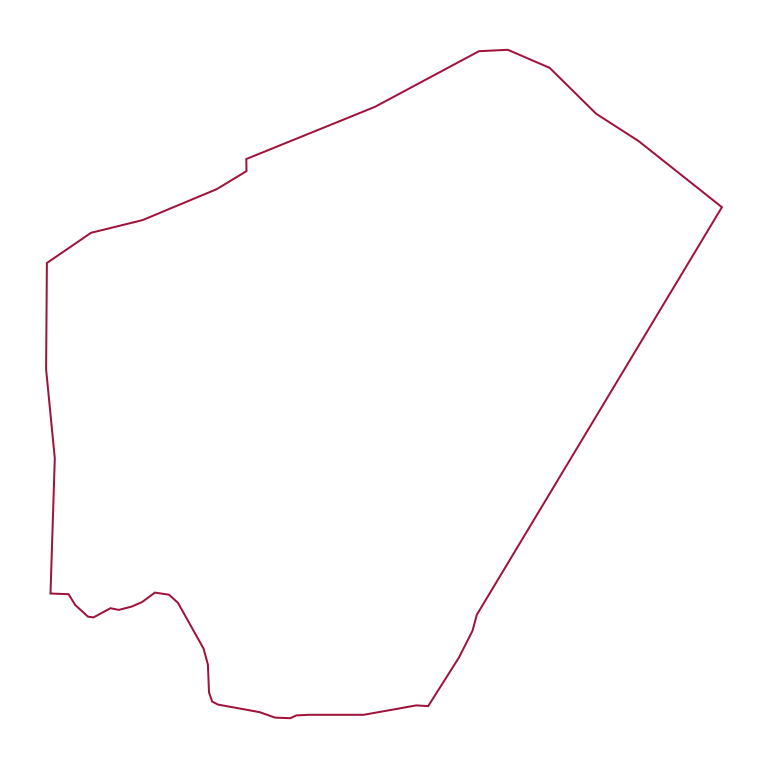 Ali Sabeh, Ali Sabieh, Djibouti
{"feature_id": "41766387B65421474667097", "entity_name": "Ali Sabeh", "entity_type": "district", "adm_level": 2, "iso_a3": "DJI", "parent_name": "Djibouti", "parent_adm1": "Ali Sabieh", "projection": "orthographic", "projection_center": [42.832, 11.234], "detail": "fine", "context": "isolated", "style": "outline", "palette": "rose", "viewbox_px": 768, "rotation_deg": 0, "n_neighbors": 0, "source": "geoboundaries", "source_scale": "gbopen_adm2", "svg_char_len": 667}
<svg xmlns="http://www.w3.org/2000/svg" viewBox="0 0 768 768"><path d="M246.3,159.0L246.5,171.1L216.8,189.1L142.5,220.1L91.0,232.8L46.9,263.0L46.1,369.3L54.8,458.4L50.5,593.5L68.6,594.2L75.2,605.0L87.9,616.6L93.5,617.4L110.5,608.2L118.8,609.9L131.6,606.6L142.0,602.1L154.9,592.6L169.0,594.7L178.0,602.9L178.5,603.8L203.6,648.7L207.9,664.6L209.0,692.3L212.1,701.5L218.0,704.6L259.8,712.2L267.7,715.0L275.0,717.6L290.4,718.2L296.3,715.4L309.0,714.8L363.7,714.8L416.2,705.4L428.2,706.1L458.9,657.6L472.5,630.8L476.8,614.8L721.9,207.2L638.6,141.1L596.2,113.8L549.7,67.9L507.8,49.8L478.9,51.2L375.0,106.8L246.3,159.0Z" fill="none" stroke="#9f1239" stroke-width="2"/></svg>